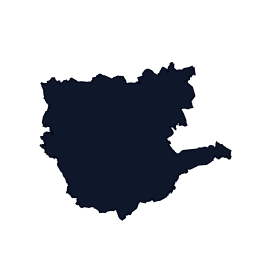 Tlaltenango de Sánchez Román, Zacatecas, Mexico, rotated 153°
{"feature_id": "50627088B31443203772787", "entity_name": "Tlaltenango de Sánchez Román", "entity_type": "district", "adm_level": 2, "iso_a3": "MEX", "parent_name": "Mexico", "parent_adm1": "Zacatecas", "projection": "robinson", "projection_center": [-103.236, 21.775], "detail": "fine", "context": "isolated", "style": "filled", "palette": "ink", "viewbox_px": 256, "rotation_deg": 153, "n_neighbors": 0, "source": "geoboundaries", "source_scale": "gbopen_adm2", "svg_char_len": 5755}
<svg xmlns="http://www.w3.org/2000/svg" viewBox="0 0 256 256"><g transform="rotate(153 128 128)"><path d="M46.9,60.9L48.4,63.6L50.1,65.4L50.0,66.2L51.5,68.3L51.7,70.0L52.1,70.0L52.4,70.7L53.4,70.9L54.5,73.4L55.2,73.6L55.5,75.0L56.7,73.8L57.1,72.6L58.8,70.7L58.7,70.2L60.7,70.3L60.2,71.8L60.5,73.1L62.3,74.7L64.1,74.8L65.0,73.4L66.6,74.2L67.1,75.0L68.7,76.0L72.3,76.6L73.0,77.5L74.5,77.8L75.9,77.6L89.1,82.7L91.0,82.7L92.8,81.8L94.7,81.9L96.4,82.5L96.8,83.1L96.8,83.9L97.6,85.3L97.7,87.2L98.8,88.4L98.5,90.3L99.1,90.8L99.1,92.6L99.6,95.1L97.3,95.2L97.2,97.1L98.3,97.4L98.7,99.4L98.7,100.5L97.9,102.4L96.9,101.6L94.5,102.1L93.8,101.7L90.9,102.5L90.1,103.2L89.7,105.5L90.4,105.7L90.4,106.4L90.0,106.9L90.4,108.9L90.2,110.0L87.1,108.6L86.6,105.6L86.2,105.1L85.8,105.6L85.8,107.1L84.3,109.3L83.3,109.6L82.8,108.9L81.6,110.5L80.4,110.8L79.8,109.4L80.9,107.6L80.7,107.0L77.9,106.3L76.3,104.0L74.4,103.9L74.1,106.8L73.3,108.2L73.0,109.5L72.4,115.4L72.5,121.0L71.3,121.3L68.8,120.5L65.5,117.9L64.4,118.0L61.0,117.2L60.9,119.6L60.4,121.0L60.0,123.4L54.3,126.1L53.9,126.9L52.3,135.2L54.3,139.9L55.2,143.3L54.2,142.7L52.8,143.8L51.4,143.5L49.5,146.4L48.2,146.1L48.9,144.9L45.8,146.9L45.1,146.7L44.8,145.7L44.2,145.2L42.0,151.6L43.0,151.6L43.0,153.7L46.3,153.9L50.6,155.2L52.3,155.2L53.7,154.6L55.8,156.2L58.1,156.8L59.1,157.5L60.3,160.9L60.0,162.0L59.6,162.3L59.8,163.1L59.3,162.8L59.3,163.3L58.5,163.7L58.5,164.2L59.5,164.5L59.8,164.9L59.0,165.7L59.1,166.1L60.9,166.3L61.9,164.7L63.8,164.0L66.0,161.7L67.0,159.8L67.3,160.7L67.3,163.0L68.6,165.2L69.7,166.1L74.1,163.2L74.7,162.4L75.6,162.1L76.3,162.4L76.8,161.5L78.8,161.6L78.9,162.9L80.2,164.6L81.0,168.1L83.3,171.0L85.0,171.5L86.5,171.5L90.3,169.6L90.0,169.1L91.0,167.1L92.0,167.2L92.0,167.5L96.3,168.1L96.4,166.3L97.0,164.3L96.0,163.5L95.9,162.9L96.7,162.3L97.4,163.4L98.3,163.4L98.3,164.5L99.8,164.7L101.4,164.3L104.8,166.5L107.2,167.5L108.3,167.6L109.8,168.6L109.3,169.3L108.8,171.7L109.6,172.0L109.0,172.8L109.2,176.1L111.0,176.8L111.3,177.2L111.6,177.0L113.2,178.5L114.8,178.9L115.0,178.3L117.6,179.2L120.1,178.5L125.5,185.2L127.0,186.0L127.5,186.6L127.4,187.1L128.3,188.3L129.8,188.7L130.9,188.2L131.9,188.5L132.8,187.7L134.6,187.4L135.3,188.1L136.4,188.3L137.0,188.0L137.5,186.2L138.9,186.3L140.0,185.6L141.1,185.7L142.2,186.6L143.6,186.9L148.9,190.4L149.7,190.5L151.7,191.5L152.6,192.4L152.8,193.5L153.8,194.7L154.5,196.1L155.6,197.2L155.6,197.8L156.9,197.9L157.3,197.7L157.7,196.8L159.9,196.3L160.8,196.9L161.2,198.4L162.7,198.1L163.2,199.0L163.8,199.0L165.3,198.3L166.2,198.4L166.3,197.9L167.3,197.2L168.2,198.5L167.7,200.7L168.8,201.3L169.9,200.5L170.5,201.4L171.3,204.2L170.9,205.9L171.6,206.4L173.2,206.9L175.5,205.6L177.1,205.4L178.5,205.8L178.6,204.7L180.4,204.4L183.7,206.0L184.3,207.3L185.1,207.0L185.1,205.3L185.6,203.5L185.6,200.5L187.5,195.7L187.9,193.5L189.1,192.5L188.4,191.3L188.8,190.1L188.5,188.2L188.8,187.6L188.1,186.5L187.9,184.2L189.8,182.0L190.1,181.1L191.3,180.5L192.1,179.4L194.1,179.5L194.3,178.6L195.5,178.2L195.3,177.9L195.6,177.5L197.0,177.1L198.1,176.2L201.6,171.7L201.7,168.2L202.3,168.1L200.7,166.3L200.0,166.2L199.0,166.8L198.5,165.9L197.5,165.4L197.0,164.4L197.1,163.2L198.3,161.7L197.2,158.4L197.5,157.3L198.2,158.4L198.6,158.2L199.0,159.5L200.3,159.6L202.3,161.1L204.0,161.3L205.0,160.6L205.6,160.8L206.6,158.9L207.0,158.7L209.6,159.6L209.8,157.7L208.4,155.6L208.8,154.7L209.1,150.7L209.8,150.0L210.0,151.4L210.9,151.2L211.7,151.9L212.7,151.7L213.4,152.5L214.0,152.2L213.1,149.4L211.3,147.0L211.7,146.4L211.4,145.9L212.8,144.0L212.2,143.1L211.5,142.9L211.4,142.3L212.0,141.5L211.8,141.0L210.4,139.7L210.4,139.4L210.9,138.7L210.4,138.1L210.5,137.4L210.0,137.1L209.1,137.2L208.4,136.1L207.8,136.0L207.4,134.6L205.7,135.6L205.9,134.5L204.0,132.4L205.2,131.4L205.0,130.8L205.5,129.4L207.1,127.6L207.4,126.6L207.1,119.8L206.3,117.9L207.0,114.6L206.4,112.2L206.5,109.6L207.1,107.7L206.9,106.7L206.2,106.0L206.8,104.8L206.4,104.2L207.3,103.1L208.4,102.9L210.1,99.9L211.8,98.3L211.1,98.0L210.4,96.8L209.6,96.4L209.9,95.5L209.3,94.7L209.3,93.7L209.0,93.6L209.0,92.9L209.4,92.4L208.9,91.4L208.6,91.2L208.1,91.5L207.4,90.5L205.4,89.8L204.5,88.2L204.9,87.7L205.8,87.5L206.1,85.8L206.9,84.9L208.5,84.1L207.7,82.8L206.2,82.5L206.1,79.6L205.3,78.3L202.4,77.9L198.7,75.1L196.4,74.8L194.3,73.6L193.9,72.9L194.0,72.0L192.6,70.9L192.5,70.1L191.9,69.6L191.2,66.9L191.4,65.7L188.5,64.5L186.4,63.1L185.7,63.6L184.8,63.6L182.3,63.2L179.2,61.8L178.2,61.0L177.5,61.5L175.2,60.9L176.2,52.7L175.9,50.8L174.6,48.7L173.9,49.1L171.7,49.2L170.9,49.8L170.6,50.8L169.5,51.5L168.3,51.5L167.7,50.9L166.4,51.6L165.6,50.2L165.0,50.0L162.9,51.7L157.3,52.7L155.8,53.7L153.3,56.2L150.5,57.4L149.0,55.7L146.3,53.7L144.8,54.6L142.7,53.4L141.7,53.3L140.1,53.4L138.5,54.2L138.2,53.8L138.6,52.8L137.9,52.1L138.1,50.8L137.8,50.6L135.3,50.3L132.1,49.2L131.9,49.4L127.5,49.3L125.9,49.7L125.3,49.4L124.8,50.0L122.7,50.4L122.2,51.3L121.4,51.7L121.0,51.6L121.2,51.9L120.9,52.2L120.4,52.0L119.6,52.5L119.5,52.2L119.1,52.4L118.4,51.9L118.4,51.0L117.2,51.8L116.2,53.2L115.4,53.4L114.8,54.0L114.6,52.5L114.3,52.5L114.1,53.1L113.5,53.1L113.0,53.8L113.7,55.8L114.3,56.0L114.2,56.6L113.6,56.4L112.2,57.2L110.8,58.7L110.7,59.3L110.1,59.5L109.0,58.9L108.7,59.6L107.9,59.6L107.6,60.2L106.6,60.2L104.7,62.9L103.8,63.3L102.8,62.9L101.4,63.5L99.3,62.8L98.5,63.5L97.7,63.2L97.3,62.7L97.5,62.3L97.0,61.8L95.6,61.8L94.9,62.1L94.5,62.8L95.1,64.3L94.4,65.0L91.1,63.3L82.0,63.2L74.5,60.1L69.0,60.6L68.6,61.2L68.0,61.3L66.9,60.9L66.3,62.3L63.9,63.0L63.1,63.8L62.1,60.9L61.8,60.9L61.2,59.5L60.3,59.4L60.0,60.0L59.6,60.1L59.0,59.8L58.7,60.6L57.9,60.7L57.6,59.9L55.8,59.3L54.8,57.9L53.6,57.8L52.0,54.6L50.9,54.5L49.4,55.8L49.9,56.8L49.2,57.1L49.3,58.4L48.2,59.1L48.2,60.2L46.9,60.9Z" fill="#0f172a" stroke="#020617" stroke-width="1.5"/></g></svg>